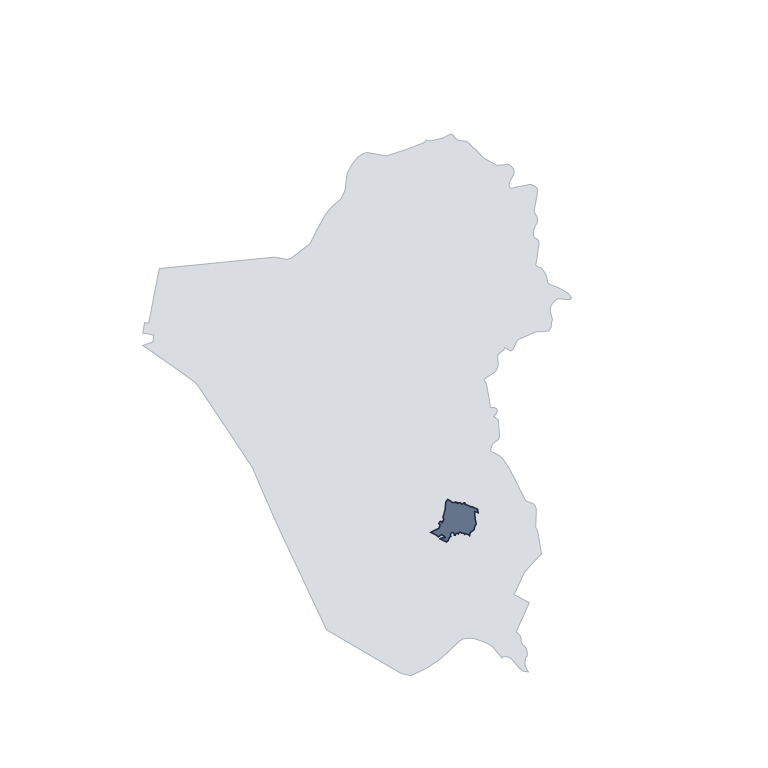 location of Al-Rifai, Dhi-Qar, Iraq, rotated 25°
{"feature_id": "34846034B62362991729870", "entity_name": "Al-Rifai", "entity_type": "district", "adm_level": 2, "iso_a3": "IRQ", "parent_name": "Iraq", "parent_adm1": "Dhi-Qar", "projection": "robinson", "projection_center": [46.048, 31.665], "detail": "fine", "context": "in_parent", "style": "filled", "palette": "slate", "viewbox_px": 768, "rotation_deg": 25, "n_neighbors": 0, "source": "geoboundaries", "source_scale": "gbopen_adm2", "svg_char_len": 6556}
<svg xmlns="http://www.w3.org/2000/svg" viewBox="0 0 768 768"><g transform="rotate(25 384 384)"><path d="M319.1,145.0L324.0,143.8L333.2,136.4L338.7,129.5L340.4,128.9L345.1,131.1L348.6,131.8L356.5,129.1L361.2,130.5L365.1,132.3L367.3,132.4L377.9,136.7L380.5,137.2L386.0,137.7L394.1,138.0L399.4,135.1L403.1,132.4L405.7,132.5L408.2,133.2L410.3,134.3L412.1,136.3L412.9,139.2L412.5,148.5L413.3,150.9L414.7,152.7L416.6,153.0L418.8,151.0L422.7,148.1L427.5,144.9L431.0,142.0L433.1,140.9L436.3,141.0L439.4,141.5L441.1,142.9L441.1,143.4L442.8,147.7L446.9,163.9L449.3,166.0L452.0,167.7L453.9,170.1L454.7,172.6L454.4,176.3L454.5,180.7L455.6,184.0L457.1,186.6L458.6,187.8L460.8,188.0L463.4,188.6L465.1,191.1L470.7,209.6L471.2,212.0L473.5,212.8L477.4,212.4L481.4,214.3L485.6,217.3L489.6,222.9L492.3,223.8L500.7,223.0L512.3,223.9L517.7,226.8L517.1,228.6L513.0,230.6L505.6,233.0L503.5,236.9L502.3,242.1L502.5,245.0L504.3,248.2L509.5,254.5L509.7,256.8L510.7,260.0L511.6,262.1L510.6,266.4L505.9,269.3L499.7,272.5L487.2,286.6L486.3,289.6L486.4,298.0L485.1,300.4L481.2,300.4L478.1,299.9L478.0,302.9L476.0,306.8L474.9,310.2L479.4,318.2L480.2,322.4L479.5,326.3L475.3,333.0L472.7,337.5L473.3,338.5L476.6,340.3L486.9,354.9L490.2,360.1L494.6,358.7L496.2,358.8L497.5,359.7L498.3,361.4L498.3,363.6L497.2,366.9L502.7,368.3L504.7,371.6L511.2,383.0L511.0,386.4L507.9,391.8L507.9,395.4L508.5,398.6L509.5,399.8L519.1,400.2L523.2,401.5L533.1,407.4L544.4,416.3L553.7,423.7L561.6,429.9L570.1,429.5L572.4,430.6L574.6,432.6L577.0,437.7L581.9,449.4L586.0,453.2L592.5,462.5L598.5,471.3L594.6,483.1L590.8,495.5L590.9,511.4L590.9,520.0L599.1,520.3L608.1,520.7L608.3,530.9L608.4,541.2L608.5,553.0L611.2,553.4L615.5,556.0L617.3,559.8L619.6,561.8L622.3,562.2L625.1,564.0L627.8,567.4L628.8,570.0L628.1,571.7L628.7,574.8L630.6,579.3L632.9,581.3L636.4,583.9L631.6,585.4L626.4,584.2L615.3,579.1L611.7,578.9L607.0,580.9L606.8,582.6L595.1,576.9L590.9,575.7L589.3,575.6L582.6,575.6L573.1,576.7L567.4,579.0L563.5,581.5L561.8,584.0L561.1,585.3L558.1,592.5L554.6,601.7L551.0,610.0L543.9,621.7L539.9,627.1L531.4,637.1L522.3,639.1L501.0,637.2L477.5,635.0L454.0,632.8L436.6,631.1L435.3,630.6L418.1,616.3L404.5,605.0L387.6,590.8L370.3,576.4L352.8,561.8L340.2,551.1L324.8,537.5L310.8,525.0L299.8,515.2L285.7,506.6L274.6,499.8L258.6,490.0L245.7,482.2L234.7,475.5L217.8,465.2L212.2,462.4L194.6,458.9L177.9,456.0L160.6,453.0L149.1,451.0L156.9,443.6L154.7,437.1L149.1,438.3L143.9,439.8L141.1,429.6L145.0,428.3L141.7,414.9L138.2,401.2L134.9,387.9L131.6,374.3L146.3,365.6L157.4,359.0L172.8,349.9L187.6,341.1L201.8,332.7L217.3,323.5L231.2,315.3L243.8,311.9L246.6,309.3L252.5,298.0L257.5,288.4L257.8,286.2L258.0,272.5L259.2,256.5L260.9,248.0L263.9,240.5L266.6,235.0L266.9,229.8L266.7,224.6L264.1,216.7L261.5,208.4L262.0,200.5L262.6,196.2L264.4,189.4L267.5,184.5L270.7,181.4L282.6,178.2L289.7,176.3L299.2,167.5L304.9,162.3L312.8,154.0L318.6,147.9L319.1,145.8L319.1,145.0Z" fill="#d9dde1" stroke="#a8b0b8" stroke-width="1"/><path d="M493.5,479.6L493.8,480.0L494.0,480.3L494.2,480.5L494.9,480.9L495.5,481.3L495.4,482.3L495.3,482.6L495.2,483.0L495.3,483.2L495.3,483.5L495.5,484.0L495.6,484.6L495.6,485.0L495.4,485.1L495.2,485.1L494.9,484.8L494.6,484.5L494.2,484.5L493.8,484.5L493.3,484.5L493.1,484.7L492.9,485.0L492.8,485.5L492.8,485.9L492.7,486.4L492.6,486.9L492.7,487.2L492.8,487.4L493.1,487.6L493.5,487.7L494.1,487.9L494.6,488.1L494.6,488.4L494.6,488.8L494.6,489.4L494.6,490.3L494.7,490.8L494.9,491.4L494.7,491.7L494.1,492.3L493.7,492.9L492.5,494.3L491.5,495.5L490.2,497.1L489.7,497.9L489.1,498.7L489.6,498.7L489.9,498.7L490.4,498.8L491.4,498.8L493.3,498.8L494.4,498.8L496.2,499.1L496.9,499.3L497.9,499.6L498.5,498.7L499.1,497.6L499.6,496.7L500.1,495.9L501.0,496.3L501.8,496.5L502.8,496.6L503.6,496.8L504.4,497.3L504.2,497.7L503.4,498.0L502.5,498.3L501.9,498.6L501.4,499.2L500.8,499.7L500.2,500.4L500.1,500.7L501.4,500.7L503.2,500.8L504.3,500.8L506.0,500.8L507.2,500.8L507.5,500.8L507.9,499.6L508.3,498.9L508.4,498.3L508.2,497.1L508.2,496.0L508.3,495.2L508.6,494.5L509.1,493.9L508.4,493.2L508.2,492.8L507.9,492.3L507.8,491.7L507.8,490.9L508.2,490.3L508.5,489.9L509.1,489.6L509.8,489.5L510.5,489.8L510.8,490.1L511.0,490.3L511.2,490.6L511.3,490.9L511.3,491.2L511.5,491.4L512.2,491.2L512.6,491.0L512.5,490.1L512.5,489.5L512.8,488.8L513.0,488.5L513.7,488.3L514.2,488.4L514.7,488.6L514.8,487.5L515.2,486.8L515.4,486.1L515.6,485.9L516.3,486.0L517.1,486.3L517.6,486.4L517.8,486.3L518.4,486.1L518.5,486.0L519.2,485.7L519.9,485.5L520.3,485.5L520.6,486.2L520.9,485.8L521.4,485.2L522.2,485.1L523.3,485.0L524.0,485.0L524.7,485.0L525.2,485.1L525.7,485.3L525.5,484.4L525.1,483.3L524.9,482.5L525.4,481.6L526.0,480.4L526.6,479.2L526.9,478.5L527.3,477.6L526.9,476.4L526.7,475.9L526.6,474.7L526.5,474.1L526.5,473.2L526.8,472.5L526.6,471.9L526.4,471.3L525.7,470.3L524.6,469.0L523.8,468.0L523.5,467.6L523.5,467.4L523.5,467.1L523.3,466.8L522.7,466.0L522.4,465.5L521.8,464.7L521.2,463.5L521.0,463.1L520.5,462.2L520.1,461.5L520.1,461.3L520.9,461.2L522.2,461.0L523.5,460.9L523.9,460.9L523.8,460.6L523.2,460.1L522.6,459.6L522.4,459.3L522.4,459.0L522.4,458.5L522.0,458.5L521.5,458.3L521.4,458.1L521.1,457.8L520.9,457.8L520.6,457.8L520.1,457.8L519.3,457.9L518.8,458.0L518.2,458.2L517.8,458.3L517.6,458.3L517.4,458.1L517.1,457.9L516.6,457.9L516.1,457.9L515.7,457.9L515.4,457.9L515.0,458.2L514.5,458.7L514.2,458.7L514.1,458.9L513.6,458.6L513.3,458.5L512.2,458.5L511.6,458.5L511.3,458.5L510.9,458.5L510.5,458.6L510.2,458.6L509.5,458.8L509.0,458.9L508.7,458.9L508.4,458.8L508.2,458.7L508.2,458.3L508.2,457.9L507.8,457.8L507.4,457.7L507.2,457.6L506.9,457.8L506.5,458.2L506.2,458.4L506.1,458.7L506.0,459.3L505.9,459.6L505.6,459.8L505.2,460.0L504.6,459.8L504.1,459.6L503.6,459.5L503.3,459.4L503.1,459.3L502.9,459.5L502.5,459.7L502.4,460.0L502.1,460.1L502.0,460.5L501.8,460.8L501.6,460.9L501.4,461.1L501.2,461.2L500.9,460.8L500.9,460.5L500.6,460.5L500.5,460.4L500.3,460.4L500.1,460.6L499.8,460.7L499.8,461.0L499.7,461.1L499.6,460.9L499.4,460.6L499.2,460.6L498.9,460.6L498.6,460.7L498.5,460.8L498.3,460.9L498.2,461.3L497.9,461.5L497.7,461.6L497.3,462.0L497.0,462.1L496.8,462.2L496.6,462.3L496.2,462.4L495.9,462.4L495.3,462.3L494.7,462.2L494.0,461.9L493.5,461.9L493.1,461.9L492.6,461.8L492.2,461.8L492.0,461.7L491.7,461.7L491.1,461.7L490.9,461.7L490.5,461.7L490.4,462.4L490.1,463.5L489.9,464.2L490.0,465.4L490.2,465.9L490.5,466.7L490.9,467.5L491.2,468.8L491.7,469.9L492.2,471.1L492.4,471.6L492.5,472.2L492.6,472.7L492.7,473.1L492.7,474.0L492.8,474.8L493.5,476.9L493.5,478.0L493.5,479.2L493.5,479.6Z" fill="#64748b" stroke="#1e293b" stroke-width="1.5"/></g></svg>